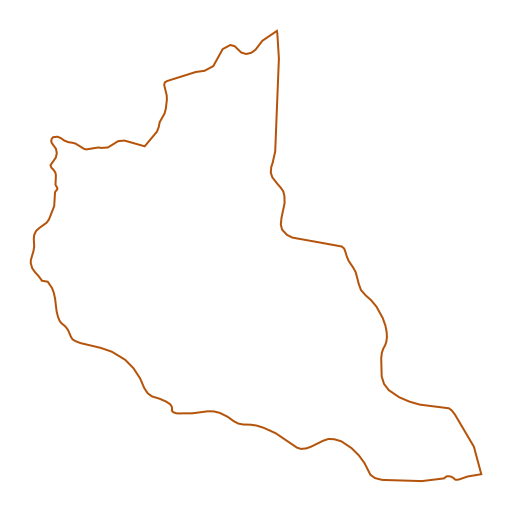 map outline of Anseba (Mercator projection)
{"feature_id": "ERI-1563", "entity_name": "Anseba", "entity_type": "Region", "adm_level": 1, "iso_a3": "ERI", "parent_name": "Eritrea", "parent_adm1": "", "projection": "mercator", "projection_center": [37.716, 16.542], "detail": "fine", "context": "isolated", "style": "outline", "palette": "amber", "viewbox_px": 512, "rotation_deg": 0, "n_neighbors": 0, "source": "natural_earth", "source_scale": "10m", "svg_char_len": 2326}
<svg xmlns="http://www.w3.org/2000/svg" viewBox="0 0 512 512"><path d="M246.1,54.0L251.3,52.8L255.6,49.6L262.3,40.8L276.9,30.9L277.3,33.2L278.9,58.5L275.2,151.4L272.7,162.6L271.2,167.3L270.8,172.7L272.3,177.3L277.1,183.5L280.4,187.3L283.2,191.2L284.4,195.9L284.6,203.1L281.5,217.8L280.8,224.5L282.1,229.7L287.0,234.9L292.4,237.6L341.7,246.5L344.1,248.5L345.4,251.8L346.8,256.5L348.7,261.0L353.0,267.3L355.7,272.2L358.9,284.4L361.0,290.1L365.9,295.6L371.0,300.1L376.5,306.7L382.7,318.0L385.4,325.6L386.7,332.3L386.9,337.4L386.3,341.9L385.2,345.1L383.3,348.6L381.9,352.7L381.2,358.2L381.7,376.5L384.0,383.9L388.7,390.1L399.3,397.3L409.4,401.6L419.7,404.6L448.9,408.3L451.7,410.4L454.9,414.5L473.9,446.7L481.3,474.2L467.6,476.5L459.5,479.3L457.1,479.8L455.4,479.7L452.9,477.6L451.2,476.7L448.3,476.2L446.5,476.4L444.0,478.4L421.8,481.1L382.2,479.9L375.0,478.1L370.4,474.8L364.5,463.1L358.7,455.2L351.5,448.1L341.3,441.3L334.1,439.2L328.3,439.0L323.0,440.8L311.0,446.7L306.3,448.4L300.9,448.9L296.9,447.6L275.8,433.3L263.4,427.7L256.3,425.5L250.6,424.7L243.0,424.5L238.1,423.5L233.6,421.1L227.5,416.7L219.8,412.9L213.8,411.4L207.7,411.3L192.4,413.3L176.7,413.4L173.4,412.3L171.9,410.7L172.1,408.5L171.7,406.5L170.1,404.2L166.0,401.5L159.5,398.7L152.0,396.4L147.7,393.3L144.2,388.0L140.1,378.4L133.5,368.3L125.3,359.9L111.8,351.7L100.8,347.9L80.5,343.1L75.6,341.2L72.6,339.4L71.1,337.2L68.1,330.2L66.3,327.6L64.5,325.7L62.6,324.2L60.9,322.7L59.4,320.4L58.0,316.9L56.6,311.3L55.1,298.8L53.8,292.8L52.0,288.0L47.7,281.7L41.7,280.7L41.5,280.0L38.4,275.9L35.0,272.2L32.2,268.2L30.7,263.0L30.9,259.9L33.5,250.9L34.2,246.6L33.8,239.2L34.1,235.2L36.1,230.9L39.4,227.9L46.5,222.8L48.9,219.6L54.2,206.1L55.0,192.6L55.4,191.5L57.0,189.7L57.4,188.8L57.1,187.5L55.8,185.5L55.5,184.6L55.9,175.5L55.4,172.6L53.5,169.8L51.3,167.6L50.5,165.2L55.8,157.6L56.8,153.2L56.0,148.9L51.7,142.9L51.2,140.9L51.7,139.0L51.7,138.9L53.1,137.2L57.5,136.7L61.0,138.2L64.2,140.5L68.1,142.1L73.7,143.0L75.9,143.8L84.3,149.0L86.4,149.4L98.2,147.5L101.4,147.9L107.9,147.5L118.2,141.1L124.5,140.6L144.7,146.3L156.9,131.7L158.7,127.1L159.7,122.1L164.5,113.6L165.8,108.9L166.9,99.5L166.7,95.4L164.2,85.0L164.8,82.4L167.1,81.0L195.7,72.0L204.5,70.8L213.3,66.1L222.7,49.1L230.3,45.0L234.7,46.2L241.2,52.5L246.1,54.0Z" fill="none" stroke="#b45309" stroke-width="2"/></svg>